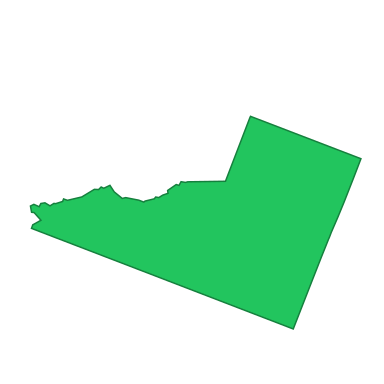 outline of Mesa, Colorado, United States of America, rotated 201°
{"feature_id": "52423323B90693029046288", "entity_name": "Mesa", "entity_type": "district", "adm_level": 2, "iso_a3": "USA", "parent_name": "United States of America", "parent_adm1": "Colorado", "projection": "robinson", "projection_center": [-108.07, 38.933], "detail": "fine", "context": "isolated", "style": "filled", "palette": "green", "viewbox_px": 384, "rotation_deg": 201, "n_neighbors": 0, "source": "geoboundaries", "source_scale": "gbopen_adm2", "svg_char_len": 832}
<svg xmlns="http://www.w3.org/2000/svg" viewBox="0 0 384 384"><g transform="rotate(201 192 192)"><path d="M316.8,131.9L319.6,128.2L325.4,129.2L329.0,127.1L329.4,123.5L335.2,123.8L337.8,121.0L334.5,115.6L332.0,116.2L322.9,111.5L328.9,104.3L328.8,100.5L212.0,100.5L48.4,100.4L48.1,151.3L47.9,177.9L47.7,190.0L47.6,197.9L47.5,198.1L47.5,204.3L46.8,221.1L46.4,237.1L46.2,262.6L46.2,283.6L164.5,283.6L164.6,281.8L164.6,248.0L164.6,214.0L199.6,200.0L201.5,198.6L205.9,197.7L206.5,193.5L209.4,193.3L215.3,184.7L213.9,182.2L218.2,178.6L221.0,174.9L224.1,174.3L224.8,172.1L232.6,166.7L233.4,165.3L238.8,165.3L251.9,163.0L254.8,161.0L264.6,164.2L271.0,168.8L275.7,163.9L278.6,164.1L280.1,160.8L284.1,159.5L293.1,147.9L305.3,139.6L309.4,139.5L309.4,136.8L315.2,132.2L316.8,131.9Z" fill="#22c55e" stroke="#15803d" stroke-width="1.5"/></g></svg>